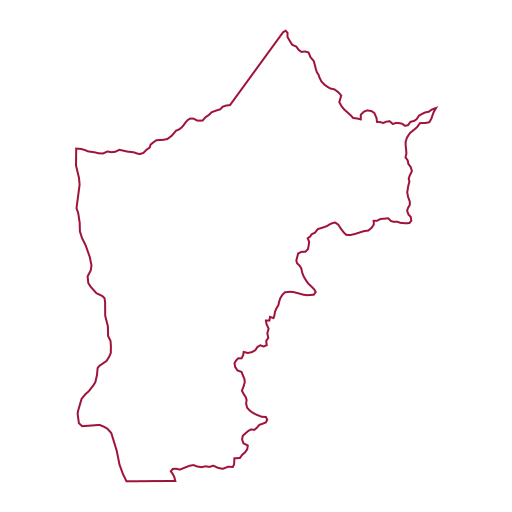 the district of Quiterianópolis, Ceará, Brazil
{"feature_id": "56859067B30046972557258", "entity_name": "Quiterianópolis", "entity_type": "district", "adm_level": 2, "iso_a3": "BRA", "parent_name": "Brazil", "parent_adm1": "Ceará", "projection": "orthographic", "projection_center": [-40.719, -5.874], "detail": "fine", "context": "isolated", "style": "outline", "palette": "rose", "viewbox_px": 512, "rotation_deg": 0, "n_neighbors": 0, "source": "geoboundaries", "source_scale": "gbopen_adm2", "svg_char_len": 4073}
<svg xmlns="http://www.w3.org/2000/svg" viewBox="0 0 512 512"><path d="M78.9,423.2L82.2,426.2L99.5,424.9L104.1,426.8L107.5,428.8L111.3,433.1L116.7,450.7L119.5,464.6L123.0,474.2L126.5,481.3L144.9,481.2L150.6,481.1L170.3,481.0L175.3,481.0L174.4,477.4L172.9,474.2L170.8,471.3L172.7,469.0L175.9,468.7L179.9,469.6L184.1,467.9L186.7,466.9L189.7,465.7L193.6,465.1L196.8,466.4L201.6,467.2L205.4,466.3L209.5,466.9L213.3,465.7L218.4,468.0L222.8,468.8L228.2,466.7L232.8,467.0L234.1,464.3L234.4,458.3L239.9,458.0L242.1,454.9L245.1,452.3L247.2,449.3L247.8,445.5L243.4,443.3L242.1,439.4L242.8,435.7L245.8,433.0L248.6,430.7L251.2,429.4L254.3,429.9L256.8,427.8L259.4,424.8L262.7,423.7L265.9,422.4L267.2,419.7L265.9,417.0L261.5,416.7L256.5,414.7L252.8,412.8L249.8,410.6L247.2,407.8L246.1,403.7L246.6,399.9L245.6,396.9L243.7,394.1L241.9,390.7L243.7,386.1L244.8,381.9L244.4,378.9L243.1,375.9L241.5,371.9L237.4,370.4L235.1,366.7L234.5,363.2L236.0,360.6L238.2,358.3L241.5,358.3L243.1,355.4L243.7,351.9L247.8,353.0L251.9,352.1L255.3,350.2L257.4,347.0L260.3,345.3L263.6,346.5L266.7,345.2L266.2,341.0L268.3,337.8L267.3,333.4L268.6,328.7L266.5,324.1L265.9,320.5L269.4,320.5L270.0,316.9L273.5,318.1L274.4,315.5L274.9,312.0L276.4,308.4L278.4,305.1L279.1,301.9L280.2,298.4L282.3,294.9L284.9,292.3L289.9,291.8L293.1,292.0L298.4,293.3L303.3,294.7L307.0,295.2L310.4,295.0L313.8,294.7L315.7,292.0L314.3,289.5L312.1,287.2L308.2,283.5L305.8,280.0L303.8,276.7L302.2,272.7L301.3,268.4L299.7,265.8L297.1,263.3L296.3,260.6L297.2,257.1L298.2,253.4L301.5,251.9L305.4,251.7L307.9,249.2L308.7,245.4L309.1,241.7L307.7,238.3L310.2,236.5L311.7,234.2L315.0,232.7L317.8,229.1L322.7,227.6L326.9,226.1L329.4,224.5L331.9,223.3L335.1,222.5L338.3,224.7L341.0,228.9L343.9,232.6L346.2,234.8L350.0,235.1L354.9,234.0L359.9,232.4L363.7,231.2L368.4,230.5L371.7,227.7L373.9,224.3L373.6,220.8L376.9,220.8L380.7,218.9L384.2,218.7L388.2,218.3L390.9,221.0L393.7,221.8L396.9,221.7L400.7,222.9L406.3,223.3L409.5,223.0L411.3,220.7L410.7,216.9L408.5,214.5L407.1,210.8L408.0,207.9L409.8,204.9L409.8,201.6L408.1,197.0L407.2,192.3L407.8,188.7L408.3,185.7L409.4,181.8L408.7,178.7L409.7,175.6L411.9,171.1L410.7,167.0L408.4,164.0L407.7,160.4L405.5,157.4L406.4,153.5L406.1,149.2L405.7,146.3L405.6,142.1L406.8,138.0L408.4,135.3L410.2,132.8L414.1,129.7L417.0,127.2L420.0,123.1L425.3,123.0L429.4,122.2L431.4,118.6L432.6,114.9L433.8,111.9L436.0,108.0L431.7,109.6L428.7,111.8L425.2,112.4L422.3,113.8L419.1,115.5L416.6,119.2L414.2,120.9L410.5,121.8L408.0,125.2L404.9,125.8L402.3,123.8L399.1,123.1L396.1,122.9L392.8,124.0L389.6,121.2L385.9,121.8L383.3,123.0L380.2,122.1L377.0,121.9L376.5,118.0L374.4,113.1L371.6,111.1L367.4,110.4L364.0,111.6L360.8,114.7L360.8,119.4L357.2,118.5L353.1,118.0L351.1,115.7L347.6,112.5L344.3,109.6L341.5,106.2L339.3,102.1L341.2,95.5L338.5,92.4L334.5,89.4L330.4,88.5L327.7,87.0L324.5,84.7L321.4,81.4L319.5,77.6L318.5,74.7L316.8,72.1L315.9,69.2L314.9,65.2L313.8,61.1L310.5,57.2L308.5,52.4L304.9,51.5L301.4,51.9L298.6,49.8L296.3,46.6L292.2,44.8L289.6,40.6L287.5,37.0L287.5,32.8L285.6,30.7L283.1,32.2L230.0,105.1L225.9,105.6L222.6,106.8L220.3,109.3L216.6,110.4L211.7,112.2L208.6,115.2L205.5,117.2L202.5,120.6L197.3,120.6L193.5,118.6L190.1,118.6L187.6,120.1L185.3,122.8L183.6,125.2L181.6,127.5L179.1,129.4L176.0,130.7L171.8,135.7L167.4,139.0L162.8,139.9L159.6,140.0L156.2,140.3L153.2,142.5L150.6,144.6L149.7,147.6L146.8,149.5L143.4,152.9L139.8,154.1L137.1,153.5L134.2,152.4L130.8,151.9L127.9,151.7L123.0,150.6L119.4,149.8L115.2,151.8L111.5,152.2L107.4,151.5L103.0,153.5L98.7,153.3L94.6,152.3L90.9,151.8L87.8,151.3L84.8,150.0L80.9,148.9L76.2,148.6L76.0,165.4L79.0,178.0L79.6,184.7L76.5,208.2L78.2,213.1L79.7,222.9L79.9,231.4L82.0,238.0L85.7,245.5L89.8,257.1L91.5,265.5L90.7,270.5L87.6,276.4L88.3,283.1L90.7,286.8L96.4,293.2L102.3,296.0L104.5,298.1L105.1,302.3L105.2,315.7L107.9,326.4L108.1,336.0L110.5,340.8L110.9,346.0L110.8,353.0L109.1,356.8L106.6,360.9L99.4,365.8L97.6,368.1L97.0,375.0L95.3,382.3L93.3,385.4L88.7,391.3L85.5,394.1L81.6,398.8L78.1,410.8L77.6,413.9L78.9,423.2Z" fill="none" stroke="#9f1239" stroke-width="2"/></svg>